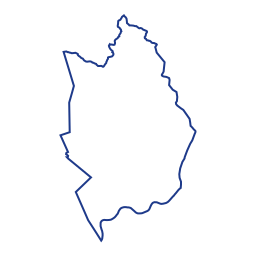 Parnaguá, Piauí, Brazil (Mercator projection)
{"feature_id": "56859067B27111272234018", "entity_name": "Parnaguá", "entity_type": "district", "adm_level": 2, "iso_a3": "BRA", "parent_name": "Brazil", "parent_adm1": "Piauí", "projection": "mercator", "projection_center": [-44.561, -10.311], "detail": "fine", "context": "isolated", "style": "outline", "palette": "blue", "viewbox_px": 256, "rotation_deg": 0, "n_neighbors": 0, "source": "geoboundaries", "source_scale": "gbopen_adm2", "svg_char_len": 3183}
<svg xmlns="http://www.w3.org/2000/svg" viewBox="0 0 256 256"><path d="M66.9,157.2L68.1,158.5L68.9,159.2L91.0,177.4L75.8,192.0L84.5,211.8L88.1,220.1L96.2,232.7L101.2,240.6L101.7,239.9L102.2,238.7L102.6,235.6L102.6,233.6L102.1,230.9L101.6,229.7L100.6,226.2L100.6,223.7L100.7,222.4L101.7,220.9L102.9,220.2L104.1,219.9L106.7,220.1L108.8,220.0L110.3,219.8L111.1,219.6L112.4,218.9L113.2,218.4L114.6,217.4L115.8,216.1L116.9,214.6L117.5,214.0L117.9,213.3L118.9,210.8L120.4,208.7L121.5,207.9L123.3,207.3L124.4,207.1L125.8,207.1L127.4,207.4L128.5,207.4L129.9,207.7L130.9,208.1L134.0,210.8L135.1,211.8L135.7,212.4L137.0,213.1L137.9,213.4L138.9,213.4L140.0,213.4L141.4,213.3L142.4,213.1L147.4,211.0L148.3,210.4L149.2,209.4L149.9,207.9L150.6,206.2L151.5,204.4L152.6,203.0L153.3,202.6L154.4,202.2L156.8,202.3L160.3,203.7L161.4,203.9L163.1,203.7L166.0,203.0L167.7,202.1L169.2,200.7L173.0,196.4L174.0,195.5L174.5,194.7L176.0,193.0L178.4,190.0L179.8,188.6L180.7,188.0L181.0,184.7L181.0,183.3L181.0,181.7L180.2,179.5L179.6,177.8L179.3,174.1L180.2,168.4L182.4,161.9L184.5,158.5L184.7,157.2L187.2,150.5L190.2,143.8L192.3,140.3L194.8,133.6L195.2,132.8L195.5,131.8L195.4,131.0L194.7,130.2L193.7,129.3L193.0,128.4L192.4,127.7L191.3,126.5L190.6,125.9L190.2,122.6L189.6,118.9L183.3,109.9L180.9,108.3L177.2,105.5L176.1,104.1L175.9,102.6L176.9,101.2L177.3,96.9L176.5,92.0L172.7,89.7L169.1,85.1L169.6,80.0L169.1,78.1L166.4,76.9L163.7,76.5L162.7,76.1L161.9,75.5L161.9,74.5L162.5,73.7L163.6,71.6L164.6,62.2L156.7,52.6L155.5,47.9L155.2,47.1L156.1,45.8L156.8,44.7L156.4,44.0L155.0,43.5L154.4,43.1L152.4,42.9L151.5,42.5L151.0,41.7L149.7,40.8L148.9,40.8L148.1,40.4L146.9,40.3L146.4,39.6L146.0,38.9L144.9,38.3L144.7,37.1L145.7,35.7L146.0,33.6L146.9,32.4L147.0,31.6L146.6,31.0L145.1,30.4L144.2,30.0L143.1,29.6L142.1,28.6L140.7,28.0L139.3,28.3L138.7,28.0L136.3,26.1L135.0,26.1L133.3,25.6L130.7,25.4L129.4,25.4L128.7,24.5L127.0,23.1L126.8,20.7L126.5,18.6L125.6,17.2L124.6,16.4L123.9,15.4L122.0,16.9L121.6,17.8L121.0,18.7L120.4,19.7L119.6,20.2L118.9,20.4L118.2,21.1L118.1,23.0L118.0,24.1L117.7,25.9L117.9,26.8L119.6,27.8L119.9,28.6L120.9,29.5L121.0,30.4L121.4,31.3L120.8,31.9L120.7,32.9L120.1,33.8L119.4,34.8L119.1,35.5L119.3,36.4L118.1,37.1L117.7,38.1L116.8,38.7L115.9,39.3L115.3,39.8L114.7,41.0L115.0,42.5L115.0,43.4L114.5,44.7L113.4,44.9L112.1,44.6L111.2,44.5L110.3,44.7L109.8,44.2L109.4,44.8L108.9,45.8L109.2,46.9L110.1,48.7L110.7,49.4L111.5,50.3L112.4,50.8L112.7,51.5L112.3,52.3L113.0,52.7L113.4,53.6L113.4,54.7L112.7,55.7L112.0,56.4L111.3,56.6L110.0,56.9L108.8,57.1L108.0,57.5L108.0,58.3L107.9,59.0L107.3,59.7L106.9,60.9L106.4,61.8L106.2,63.0L104.9,64.5L104.3,65.6L103.4,66.7L102.6,66.7L101.9,66.1L101.2,65.9L99.4,66.0L98.0,66.0L97.3,65.3L96.6,64.8L96.1,63.9L94.5,63.4L93.6,62.8L92.4,62.6L91.6,61.8L90.2,61.4L89.4,61.4L87.1,61.7L85.9,61.5L84.1,60.4L82.8,58.6L81.3,58.0L80.0,56.7L78.7,55.9L77.9,55.0L77.8,54.0L76.9,53.5L75.5,52.8L73.1,53.1L71.8,53.2L70.3,52.7L69.5,52.6L68.4,52.1L67.5,52.1L66.5,51.5L65.4,51.6L63.6,51.9L73.9,85.9L72.1,92.4L69.2,102.6L69.7,132.2L60.5,135.3L68.0,152.0L67.2,152.4L66.3,153.0L66.1,154.2L67.1,154.9L68.1,155.8L67.8,157.1L66.9,157.2Z" fill="none" stroke="#1e3a8a" stroke-width="2"/></svg>